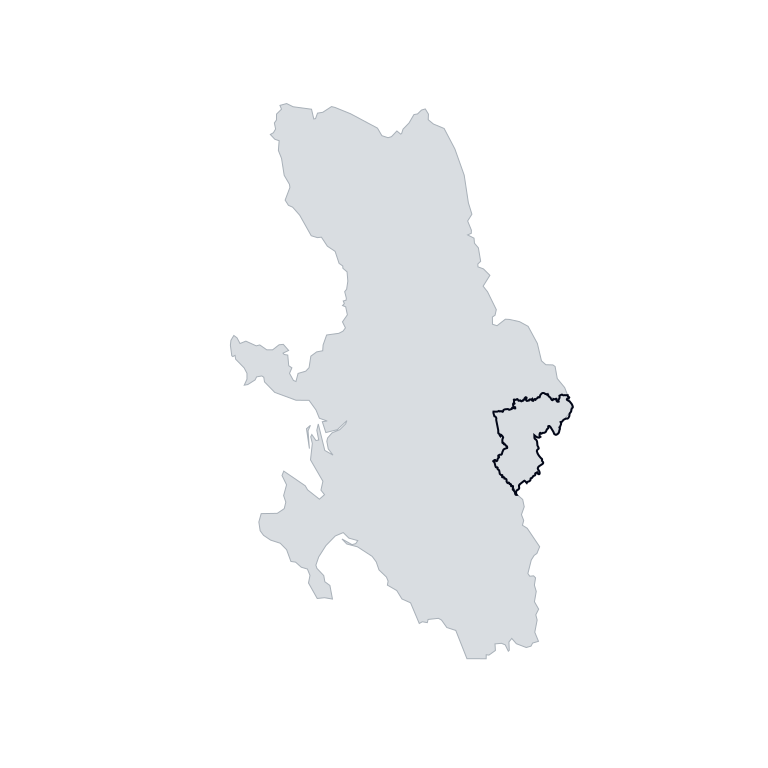 Sumy on a map of Ukraine (Natural Earth projection), rotated 69°
{"feature_id": "UKR-325", "entity_name": "Sumy", "entity_type": "Region", "adm_level": 1, "iso_a3": "UKR", "parent_name": "Ukraine", "parent_adm1": "", "projection": "natural_earth1", "projection_center": [34.032, 51.234], "detail": "fine", "context": "in_parent", "style": "outline", "palette": "ink", "viewbox_px": 768, "rotation_deg": 69, "n_neighbors": 0, "source": "natural_earth", "source_scale": "10m", "svg_char_len": 9642}
<svg xmlns="http://www.w3.org/2000/svg" viewBox="0 0 768 768"><g transform="rotate(69 384 384)"><path d="M514.0,496.1L522.0,506.9L528.7,512.5L532.1,512.7L541.3,508.9L547.4,510.1L552.7,506.7L566.3,509.2L562.2,516.1L560.3,523.2L542.7,525.8L536.2,521.7L529.3,521.8L525.4,526.9L518.6,530.4L516.3,534.5L503.8,534.3L495.5,537.9L489.1,545.8L482.1,550.7L476.6,552.2L468.0,550.3L461.0,545.1L466.5,530.0L464.6,521.8L459.1,518.0L452.2,517.7L443.2,511.1L432.9,512.0L429.4,508.8L450.8,494.0L455.4,493.3L468.4,485.6L466.0,479.2L460.5,480.9L452.9,475.9L428.5,479.8L413.8,472.2L407.0,471.3L405.3,469.5L412.4,467.8L412.9,465.0L403.1,463.3L397.8,459.7L424.8,463.1L432.1,457.1L424.6,459.3L417.0,457.9L414.2,456.0L411.0,450.0L410.8,441.6L407.5,434.1L404.9,431.8L409.9,443.9L408.5,455.7L397.1,455.1L398.2,450.3L392.8,456.6L383.9,456.8L372.4,459.8L367.6,472.0L352.7,489.0L339.2,494.8L334.6,493.8L332.7,495.2L331.7,500.4L334.0,502.9L335.7,511.4L335.0,514.9L330.4,510.2L324.9,508.1L318.8,508.8L307.7,513.6L303.9,512.8L304.2,515.3L303.1,516.0L292.7,513.5L288.3,511.2L284.9,506.8L288.2,504.7L294.6,503.9L294.5,497.6L302.6,489.6L303.0,486.0L310.1,481.2L312.2,475.8L309.8,467.9L310.9,463.8L318.5,461.0L319.0,467.2L320.7,466.6L322.5,463.5L332.8,466.4L335.9,464.2L340.2,468.4L348.2,467.3L350.1,465.3L343.3,460.4L344.0,452.5L341.9,448.1L331.8,442.3L329.9,435.4L331.0,429.3L325.8,426.9L317.7,420.0L320.5,408.0L320.0,403.4L317.8,399.9L311.1,400.5L306.3,393.4L298.2,392.1L295.9,394.6L294.7,392.2L291.9,392.3L292.2,389.4L290.4,388.4L283.7,387.6L282.1,384.9L275.0,380.9L266.1,378.3L261.2,380.9L259.0,380.2L255.3,382.7L242.7,382.1L235.0,387.5L224.5,389.8L223.5,393.7L219.5,398.8L196.2,402.2L186.2,405.9L182.9,409.2L176.9,410.4L166.8,401.4L163.7,400.7L153.4,402.4L136.7,398.8L128.1,398.9L119.3,394.7L116.4,398.2L110.3,400.7L109.8,397.2L107.1,393.8L101.0,392.8L99.0,389.8L93.5,387.6L90.7,381.2L86.6,381.3L87.3,374.4L92.6,369.5L101.5,353.2L111.4,354.6L111.7,352.8L107.3,349.0L108.4,343.8L106.2,333.6L108.2,330.7L119.7,318.4L142.8,298.4L151.4,297.0L155.5,292.0L155.8,288.4L152.4,281.3L156.7,278.9L156.4,277.7L152.9,274.9L149.3,267.1L143.2,259.5L143.9,255.9L141.7,250.8L142.0,246.9L148.0,245.8L153.1,248.0L159.0,244.7L167.0,236.3L190.0,233.6L217.8,234.3L245.1,240.3L257.0,241.1L261.8,247.5L271.7,247.3L274.6,248.5L274.8,252.5L280.1,247.7L285.0,249.1L290.7,247.1L304.1,249.8L305.6,253.4L308.3,254.3L312.2,249.9L320.5,246.2L328.2,256.4L335.0,254.3L354.8,252.5L359.6,255.7L360.3,258.8L367.1,261.3L370.1,257.6L367.0,247.5L368.7,243.7L374.4,235.1L381.8,228.8L401.1,226.3L418.8,228.7L424.0,226.0L426.7,219.5L429.0,218.0L441.0,220.3L452.1,216.6L471.1,216.5L477.1,220.3L483.3,231.6L492.6,239.9L492.0,242.5L483.6,244.1L483.4,245.5L486.2,249.3L487.1,257.2L488.6,258.2L486.6,261.7L495.6,262.5L502.9,265.2L514.3,263.9L517.4,269.8L522.4,270.6L522.5,274.5L526.7,283.8L525.1,288.6L525.8,291.6L531.7,298.8L534.4,299.7L541.5,295.9L548.9,297.1L555.2,302.5L561.5,302.5L565.5,305.4L570.0,302.0L591.7,297.0L597.0,302.0L597.8,305.2L601.1,309.6L612.5,317.6L615.7,316.8L616.7,313.1L619.3,312.0L625.7,315.7L632.2,316.2L641.2,321.6L649.6,320.3L653.9,325.0L659.2,325.6L669.8,332.2L679.6,332.0L679.1,338.1L681.4,340.7L681.0,345.6L673.9,353.5L667.3,355.9L669.6,359.8L677.5,362.5L678.0,363.7L671.0,364.3L668.2,367.2L666.4,373.5L672.7,375.5L674.7,383.2L673.4,385.6L677.1,387.1L670.2,405.0L639.8,405.3L633.9,412.6L625.0,414.9L622.3,417.1L619.6,427.2L622.3,429.1L619.7,433.4L620.2,436.9L597.8,437.6L591.1,444.3L581.4,446.1L573.0,452.9L569.5,450.8L565.1,450.9L555.8,455.3L547.3,455.0L540.7,456.8L526.5,467.1L520.0,476.1L513.6,478.8L522.5,471.4L522.9,467.6L520.8,464.6L515.3,472.0L508.1,475.3L508.4,483.9L514.0,496.1ZM417.6,476.8L398.0,472.4L396.2,467.5L400.5,471.7L417.6,476.8Z" fill="#d9dde1" stroke="#a8b0b8" stroke-width="1"/><path d="M471.0,215.8L472.5,215.8L473.3,216.0L473.7,216.4L473.9,217.0L474.5,217.7L475.1,218.2L476.4,218.9L477.1,219.6L477.9,221.0L478.3,221.4L480.4,222.5L480.9,223.0L481.5,223.7L482.0,224.6L482.0,225.0L482.0,225.4L481.5,226.4L481.7,228.7L481.9,229.5L482.3,230.2L482.9,231.1L483.0,231.8L482.8,232.4L482.8,232.8L484.4,232.8L485.1,233.2L486.3,234.4L487.1,234.9L487.3,235.8L487.6,235.9L488.2,235.7L488.6,235.7L489.2,236.0L490.3,237.0L490.9,237.3L492.2,238.3L493.0,240.0L493.1,241.7L491.9,242.9L491.2,243.0L489.3,243.0L483.8,244.0L482.5,244.6L482.2,245.6L482.6,246.0L483.7,246.3L484.2,246.5L484.3,246.8L484.5,247.7L484.6,248.0L484.9,248.4L486.2,249.6L486.7,250.2L486.9,250.9L487.0,251.8L486.9,252.3L486.5,253.4L486.6,253.8L486.8,254.6L486.7,255.0L486.4,255.2L485.7,255.4L485.6,255.6L485.7,256.0L486.0,256.3L486.7,256.8L487.7,257.2L488.8,257.3L489.4,257.0L489.7,258.4L488.9,259.8L487.6,261.0L485.7,262.0L488.0,262.8L488.8,262.9L489.4,262.7L490.6,261.9L491.8,261.7L493.0,261.8L496.4,262.8L498.5,262.5L499.5,262.6L499.9,263.0L500.3,264.2L500.6,264.8L501.1,265.2L501.6,265.4L504.0,265.5L506.3,265.1L509.0,264.2L510.5,263.4L511.0,263.4L512.2,264.0L512.8,263.9L513.5,263.6L514.2,263.5L514.8,263.7L515.2,264.1L515.5,264.7L516.3,268.6L516.9,269.9L517.9,270.7L519.0,270.8L521.2,270.3L522.3,270.4L523.0,270.6L523.5,270.9L523.8,271.3L523.6,272.0L523.1,272.4L521.3,272.7L521.5,273.2L521.5,274.3L521.6,274.7L521.9,275.0L522.6,275.1L523.0,275.3L523.4,275.9L523.4,277.5L523.7,278.1L524.3,278.8L524.6,279.3L524.7,279.9L524.6,280.4L524.7,280.9L525.1,281.2L526.0,281.6L526.3,281.9L526.6,282.3L526.9,283.5L526.8,284.5L526.9,285.4L527.6,286.2L525.1,287.2L524.6,287.6L524.7,288.2L526.3,293.3L527.0,294.3L528.1,294.7L529.5,295.0L530.1,295.4L530.5,296.1L530.8,297.1L530.8,297.8L531.0,298.4L531.8,299.1L533.1,299.8L533.7,299.9L534.4,300.0L535.1,299.8L535.0,300.2L534.8,300.5L534.6,300.7L534.1,300.9L532.9,300.8L531.9,300.6L531.3,300.6L530.8,300.9L529.8,300.9L528.8,300.7L528.6,300.9L528.6,301.0L529.0,301.5L528.9,301.6L528.6,301.6L526.3,300.4L525.6,300.2L525.3,300.4L525.2,300.6L525.2,301.6L525.0,301.9L524.6,301.9L523.4,301.4L522.9,301.6L522.5,301.9L522.4,302.1L522.6,302.4L522.5,302.6L522.2,302.7L521.2,302.6L520.9,302.7L520.6,303.1L520.6,303.3L520.8,304.0L520.6,304.2L520.3,304.3L519.2,304.5L518.8,304.5L517.7,304.0L516.8,303.9L516.6,304.0L516.0,304.5L515.5,305.5L515.3,305.5L515.1,305.5L514.6,305.2L514.1,305.4L513.6,305.9L513.5,306.1L513.6,306.7L513.4,307.0L513.2,307.1L512.9,307.0L512.2,306.6L511.7,306.2L511.4,306.3L511.0,307.2L510.8,307.4L509.4,308.1L506.3,307.5L505.4,307.6L504.7,308.2L504.1,308.4L503.9,308.4L502.9,307.9L502.4,308.1L502.1,309.0L501.9,309.2L501.6,309.4L500.4,309.4L497.2,309.0L496.1,309.2L495.3,309.7L495.2,309.7L495.1,308.9L494.7,308.5L494.6,308.3L494.6,308.1L494.7,307.5L494.9,307.3L495.6,307.2L496.0,307.0L496.2,306.9L496.3,306.6L496.3,306.2L496.2,305.9L495.9,305.5L494.7,304.8L494.5,304.5L494.3,304.0L493.9,303.8L493.8,303.1L493.6,302.8L493.2,302.7L492.9,302.8L492.3,303.2L492.1,303.2L491.7,302.8L491.6,302.3L491.5,301.1L491.7,300.6L492.0,300.0L492.0,299.7L491.8,299.3L491.4,298.9L490.0,297.9L488.9,296.8L488.1,296.0L487.9,295.4L487.8,295.1L487.8,293.0L487.9,292.0L487.7,291.8L486.4,291.5L486.2,291.8L486.0,292.0L485.7,292.1L485.0,292.2L484.3,292.6L483.6,292.7L483.4,293.0L483.5,293.3L483.4,293.5L483.2,293.6L482.2,293.4L482.0,293.5L481.6,293.7L481.6,293.9L481.7,294.3L481.4,294.5L481.2,294.5L478.7,293.6L477.6,292.9L476.8,292.0L476.3,291.9L475.2,292.1L473.5,292.8L473.3,293.0L473.2,293.1L473.3,293.2L474.3,293.8L474.5,294.0L473.7,294.3L472.3,294.3L471.4,294.5L471.1,294.8L470.8,294.9L470.5,294.8L468.0,293.9L458.1,292.2L456.9,291.8L456.3,291.4L455.5,291.4L454.6,291.6L454.0,292.0L453.7,292.5L453.3,292.5L450.1,292.2L449.0,291.7L450.1,289.0L450.4,288.0L450.4,287.3L450.3,286.8L450.3,286.4L451.0,285.9L451.2,285.6L451.2,284.5L451.6,284.0L452.1,283.7L452.4,283.4L452.4,283.1L452.4,282.9L452.3,282.7L451.5,282.2L451.1,281.7L451.0,281.0L451.0,280.2L451.1,279.7L451.8,277.3L452.1,277.0L452.6,276.7L452.9,276.4L453.0,275.8L453.0,274.4L453.1,274.0L453.1,273.7L452.2,273.0L452.1,272.8L452.1,272.5L453.0,271.6L453.8,270.4L453.8,270.2L453.6,270.1L452.7,269.9L451.9,271.1L451.7,271.3L449.8,271.0L448.8,270.6L448.5,270.3L448.5,270.2L449.2,269.6L449.2,269.3L449.0,269.1L448.1,269.3L447.7,269.2L446.5,268.7L445.2,268.4L445.1,268.1L445.9,267.0L446.1,266.6L445.8,265.8L445.9,264.9L446.0,264.8L447.7,264.4L447.8,264.2L448.0,264.1L448.1,263.8L448.0,263.1L448.2,262.6L449.1,262.3L449.4,262.0L449.4,261.7L449.2,261.2L449.5,260.5L449.5,260.4L448.8,259.8L448.7,259.6L448.9,258.8L448.9,258.4L448.7,258.2L448.0,258.1L447.8,258.0L447.2,256.8L447.1,256.6L447.5,256.0L447.8,255.8L448.3,256.0L448.7,256.8L449.1,257.1L449.7,257.1L450.4,257.0L450.9,256.8L451.1,256.4L451.0,255.6L451.0,255.3L451.4,254.8L450.8,254.0L450.6,253.4L450.7,253.1L450.8,252.9L451.1,252.7L451.4,252.4L451.4,252.1L451.1,251.2L452.5,251.6L453.2,250.9L453.1,250.6L452.3,250.1L452.1,249.6L452.1,249.1L452.1,248.8L452.3,248.7L453.0,248.5L453.1,248.4L453.0,248.1L452.5,247.8L452.4,247.6L452.2,245.8L451.6,245.3L451.6,245.0L451.6,244.5L452.1,244.0L452.2,243.5L450.4,242.1L450.2,241.8L450.0,241.5L449.4,240.2L449.2,239.4L449.5,238.4L450.1,237.6L450.5,237.3L451.2,237.0L451.8,235.7L452.7,235.5L452.7,235.2L452.4,234.7L453.1,234.6L454.5,234.7L456.1,233.7L456.5,233.5L457.3,233.5L459.1,233.0L459.5,232.5L459.4,232.0L458.9,231.3L458.7,231.2L459.1,230.8L459.3,230.3L459.4,228.8L459.5,228.4L459.8,228.3L460.3,228.9L460.9,228.9L461.6,228.9L462.5,228.6L462.7,228.4L462.9,228.0L463.0,227.5L463.0,227.2L461.6,227.1L461.2,226.5L460.9,226.2L460.3,225.5L459.5,224.9L457.8,224.4L457.6,222.0L457.7,221.6L458.6,220.9L458.9,220.5L459.2,219.1L459.7,218.3L459.9,217.4L460.3,216.5L460.9,216.7L461.5,216.7L462.4,216.1L462.9,215.9L463.5,216.6L463.3,218.2L463.8,218.8L464.5,218.8L466.7,217.0L469.6,216.0L471.0,215.8Z" fill="none" stroke="#020617" stroke-width="2"/></g></svg>